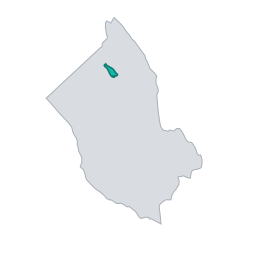 location of Lyantonde within Uganda, rotated 137°
{"feature_id": "UGA-5618", "entity_name": "Lyantonde", "entity_type": "District", "adm_level": 1, "iso_a3": "UGA", "parent_name": "Uganda", "parent_adm1": "", "projection": "equal_earth", "projection_center": [31.198, -0.28], "detail": "fine", "context": "in_parent", "style": "filled", "palette": "teal", "viewbox_px": 256, "rotation_deg": 137, "n_neighbors": 0, "source": "natural_earth", "source_scale": "10m", "svg_char_len": 2646}
<svg xmlns="http://www.w3.org/2000/svg" viewBox="0 0 256 256"><g transform="rotate(137 128 128)"><path d="M167.6,205.6L164.9,205.6L160.6,205.6L156.3,205.6L152.0,205.6L147.7,205.6L143.4,205.6L139.1,205.6L134.8,205.6L130.5,205.6L126.2,205.6L121.9,205.6L117.6,205.6L113.2,205.6L108.9,205.6L104.6,205.6L100.3,205.6L96.0,205.6L93.5,205.6L93.0,205.5L92.6,205.3L91.0,205.7L89.3,207.2L87.5,207.8L85.6,207.5L85.4,207.7L84.4,207.7L83.0,207.6L81.7,207.9L80.8,209.2L79.8,211.3L78.0,213.8L76.6,216.0L75.5,217.5L72.8,220.1L71.3,220.8L70.6,220.7L70.1,220.2L69.3,217.0L68.8,216.5L63.6,218.1L62.8,218.2L62.8,217.1L62.4,209.5L62.4,204.8L63.1,201.8L63.5,198.4L63.5,195.4L64.5,190.3L64.1,187.3L65.4,176.6L65.7,174.8L66.2,169.6L66.9,168.1L67.6,167.4L68.5,164.3L70.2,159.2L71.4,156.6L71.2,150.9L71.4,147.0L71.6,146.1L74.2,144.7L77.4,141.1L78.8,136.9L80.8,134.2L84.6,132.4L95.8,117.9L101.1,110.1L103.4,106.1L103.4,104.7L103.9,102.8L103.0,101.3L101.9,100.0L101.5,98.8L100.6,98.2L99.2,98.2L98.3,97.3L97.3,95.5L96.3,94.4L93.1,94.5L90.7,92.7L90.7,90.3L91.7,85.5L93.5,79.9L93.6,78.4L93.4,77.1L92.9,76.0L92.1,74.9L91.3,73.6L91.9,69.6L93.1,65.7L94.0,63.8L95.0,61.6L94.7,59.8L93.3,58.9L94.0,57.2L95.5,54.3L98.4,51.3L100.9,49.3L102.6,49.3L105.9,50.9L108.9,52.8L110.5,52.9L112.5,52.1L116.6,48.8L117.5,49.8L118.7,51.8L120.0,55.1L122.6,56.6L123.9,57.7L124.7,58.0L125.2,57.7L126.2,55.1L127.4,53.7L129.6,51.9L134.4,50.5L137.8,50.1L139.3,49.8L141.7,48.9L145.6,46.2L149.4,49.7L153.5,50.4L157.5,50.3L158.7,49.3L159.4,48.5L163.6,42.8L169.3,35.2L173.0,46.0L174.3,46.6L174.2,47.5L173.8,48.4L176.3,51.0L179.4,52.4L180.5,53.7L180.6,55.2L179.5,61.5L179.7,63.3L180.7,69.6L182.5,71.0L184.1,77.4L187.4,80.1L187.9,80.9L188.6,84.0L189.6,87.4L190.4,88.1L190.9,88.3L191.8,91.9L191.3,93.9L192.0,100.1L193.3,105.5L193.6,112.1L193.6,115.0L193.6,116.7L193.3,119.2L192.7,120.7L191.7,122.1L190.5,124.3L189.5,126.6L188.9,127.8L189.4,131.3L189.3,132.2L189.0,132.7L187.5,133.2L185.6,134.2L184.5,135.1L182.9,136.9L181.6,138.8L179.9,144.5L177.0,149.0L176.5,150.5L173.8,153.1L172.6,156.4L171.9,160.4L170.8,163.2L168.5,167.2L168.0,173.4L168.1,185.8L167.5,200.0L167.6,205.6Z" fill="#d9dde1" stroke="#a8b0b8" stroke-width="1"/><path d="M100.0,173.8L100.5,173.9L101.9,174.5L101.9,175.0L103.2,175.9L103.5,174.7L104.2,175.3L104.7,176.1L104.6,177.0L104.7,177.5L104.8,178.0L104.7,178.9L104.4,179.7L104.2,180.6L104.0,181.4L103.7,181.6L103.6,182.0L103.3,183.6L102.9,185.1L102.6,186.6L103.0,188.0L102.8,190.0L101.7,190.2L100.5,190.1L100.8,188.9L100.6,187.7L100.2,186.7L99.5,184.1L99.1,183.0L98.8,181.9L98.8,179.7L99.3,177.0L99.1,174.3L99.6,174.1L100.0,173.8Z" fill="#14b8a6" stroke="#0f766e" stroke-width="1.5"/></g></svg>